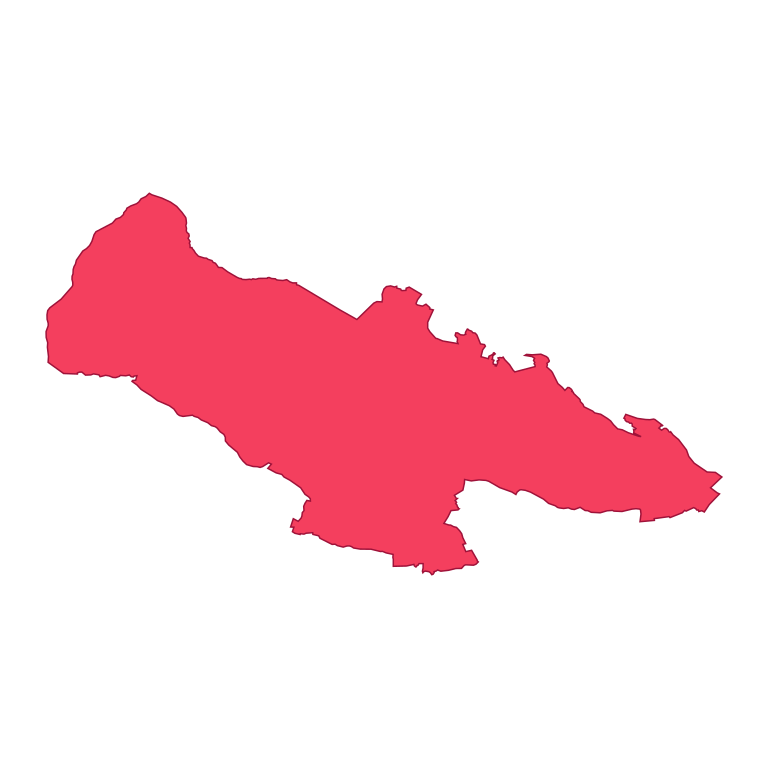 the district of Baita De Sub Codru, Maramures, Romania
{"feature_id": "2599482B56138966689543", "entity_name": "Baita De Sub Codru", "entity_type": "district", "adm_level": 2, "iso_a3": "ROU", "parent_name": "Romania", "parent_adm1": "Maramures", "projection": "robinson", "projection_center": [23.146, 47.54], "detail": "fine", "context": "isolated", "style": "filled", "palette": "rose", "viewbox_px": 768, "rotation_deg": 0, "n_neighbors": 0, "source": "geoboundaries", "source_scale": "gbopen_adm2", "svg_char_len": 6093}
<svg xmlns="http://www.w3.org/2000/svg" viewBox="0 0 768 768"><path d="M473.6,565.2L476.0,564.2L478.3,561.9L477.2,560.8L477.2,560.1L471.6,550.3L465.8,551.6L462.8,544.4L465.7,543.6L462.8,537.7L461.7,533.7L459.6,530.7L456.5,527.4L453.4,526.6L450.7,525.1L448.8,525.0L443.9,523.4L448.1,516.6L451.0,510.6L458.0,509.9L459.2,508.8L458.3,508.5L458.2,507.5L457.5,507.0L456.9,504.9L455.7,503.6L456.6,502.3L455.1,500.6L457.3,498.5L456.3,498.4L454.4,495.3L462.9,490.1L464.4,483.1L464.6,479.5L471.3,480.9L479.1,479.9L486.0,480.4L488.8,481.3L499.7,487.6L511.9,492.0L515.9,494.5L517.1,492.1L519.5,490.1L521.0,489.7L525.3,490.3L530.5,492.1L543.5,499.1L548.6,503.4L555.4,505.8L557.5,507.4L559.3,507.9L563.7,508.5L568.3,507.8L571.4,509.1L574.4,509.5L580.1,507.3L585.1,510.5L587.9,510.7L591.2,512.3L600.2,512.8L607.0,510.8L612.5,510.4L613.9,511.1L622.0,511.5L632.0,509.1L636.0,508.7L639.8,509.1L640.5,509.9L641.0,514.0L640.0,521.7L654.4,520.4L654.2,518.6L657.4,518.2L669.1,516.6L670.0,517.6L682.4,512.7L684.6,510.4L686.1,511.1L693.7,507.6L695.7,508.6L696.7,510.0L698.4,510.1L698.8,511.5L701.8,510.7L704.3,512.0L709.3,504.5L719.5,493.9L717.3,492.9L710.5,487.8L721.9,477.0L715.4,472.4L707.1,472.0L694.2,463.2L688.8,456.5L686.5,450.0L678.7,439.7L673.0,434.9L670.7,431.8L670.3,432.3L669.1,431.9L667.7,429.7L666.1,428.4L664.2,428.4L661.6,430.2L658.9,428.1L660.9,426.1L661.0,425.3L662.0,425.9L662.6,425.4L654.9,419.5L653.6,419.1L649.8,419.7L645.5,419.5L637.4,418.4L625.8,414.4L623.9,418.2L624.9,418.7L625.1,420.1L626.5,421.6L628.6,422.1L629.7,423.2L631.5,423.2L632.2,424.2L632.2,426.1L636.0,428.5L635.2,429.6L633.5,429.3L633.9,431.2L633.7,433.0L641.1,436.6L638.8,436.3L628.2,432.7L622.3,429.8L617.7,428.9L613.5,424.7L610.7,421.0L607.6,418.6L600.8,414.3L594.7,412.9L592.7,411.1L584.0,406.8L583.0,404.4L580.3,401.5L580.1,399.9L579.4,398.9L573.7,393.5L573.3,392.2L571.9,391.5L572.3,390.7L571.3,389.2L569.2,387.6L567.7,387.5L564.9,390.4L562.3,387.4L557.9,383.6L552.4,372.5L551.3,371.0L546.7,366.9L547.4,364.8L546.9,363.3L549.1,361.6L549.3,360.9L548.0,358.0L546.4,356.6L540.9,354.2L532.2,354.8L526.5,354.4L524.9,355.4L532.1,356.6L534.6,358.3L533.5,360.4L534.8,362.4L534.1,363.8L535.0,364.9L535.1,366.6L514.8,371.9L513.1,370.2L509.5,364.6L504.8,359.7L503.1,357.1L502.0,357.8L499.7,357.5L498.0,358.0L499.0,359.8L498.6,360.7L497.4,360.6L497.1,361.6L497.8,362.7L496.3,366.0L495.2,365.8L495.4,364.5L493.4,364.2L493.0,362.6L494.0,360.3L492.1,359.4L492.5,358.8L492.8,355.8L495.2,353.9L494.2,352.8L493.5,352.9L493.3,353.7L491.6,355.0L489.0,356.2L488.3,358.7L481.0,356.7L482.7,349.8L485.4,346.2L484.5,344.6L480.5,343.9L476.9,335.0L475.2,333.1L472.8,332.7L471.6,331.2L469.0,330.2L467.8,329.1L467.3,329.1L465.7,331.9L465.3,333.2L465.8,334.2L463.8,335.1L460.6,334.8L457.7,332.9L455.8,332.9L455.1,335.4L456.0,336.8L457.3,337.6L457.5,340.2L457.1,341.4L458.0,343.6L442.8,341.0L436.9,338.5L435.8,338.4L429.9,331.8L427.7,328.2L427.7,322.2L433.3,309.9L429.7,309.0L429.9,307.9L429.5,307.3L426.0,304.2L422.5,306.1L417.5,305.0L416.3,304.1L416.1,303.3L417.6,299.7L421.5,294.4L409.2,287.1L406.2,288.2L405.9,290.4L402.2,290.6L401.3,290.4L400.7,289.1L396.9,288.2L396.7,286.3L394.5,287.0L390.6,285.9L386.4,286.6L384.0,288.9L382.1,294.3L382.5,299.0L382.0,301.9L376.9,301.6L373.8,303.1L356.9,319.5L340.4,310.2L298.7,285.3L296.6,284.8L296.5,282.9L292.7,282.9L290.0,281.9L286.7,279.7L282.9,280.5L278.0,280.1L276.5,279.8L275.4,278.8L271.6,278.5L269.1,277.5L267.7,277.7L267.3,278.3L258.7,278.4L255.8,279.3L252.8,278.8L251.3,279.6L249.8,279.2L245.9,279.6L242.2,279.4L241.3,278.6L239.4,278.4L236.8,277.2L227.6,271.8L222.0,267.6L218.4,267.4L216.2,264.2L215.2,263.1L213.2,262.4L212.0,260.6L208.0,259.3L206.6,258.2L204.2,258.0L198.4,256.2L195.5,253.1L193.8,250.3L192.4,248.8L192.0,247.6L190.1,247.5L190.0,244.7L189.3,243.1L190.1,241.5L188.1,238.4L189.2,236.0L188.8,233.9L187.0,232.5L186.3,230.8L186.5,228.2L185.8,225.6L186.5,223.1L186.0,218.6L185.7,217.5L182.0,212.4L176.7,206.4L170.5,202.1L161.9,198.1L151.9,194.8L149.3,193.3L145.9,196.5L141.1,198.8L138.8,202.0L136.6,203.7L130.8,205.9L126.9,208.2L126.3,209.9L123.8,212.7L123.5,214.5L120.4,217.4L115.9,219.1L112.4,223.1L96.0,231.7L94.1,234.6L91.9,241.4L89.6,245.5L86.5,248.6L82.8,251.0L76.4,260.2L75.4,264.2L74.1,266.4L73.2,269.4L73.0,273.9L72.1,276.2L72.0,279.4L72.7,282.1L72.8,285.1L72.2,286.5L61.1,299.2L49.8,307.8L47.7,310.6L47.0,314.8L47.1,319.3L48.2,323.2L48.2,325.8L46.1,331.5L46.1,333.4L46.2,337.5L47.7,342.7L47.4,347.2L48.5,356.5L48.1,362.3L63.6,373.5L77.4,374.0L77.4,372.9L79.5,372.1L81.9,372.1L85.5,375.1L90.8,374.9L93.5,373.9L98.9,374.8L100.1,376.7L105.6,375.3L109.1,375.9L112.8,377.4L115.7,377.6L119.5,376.3L120.3,375.4L125.8,375.8L129.4,375.0L131.2,376.7L133.4,377.0L134.0,376.1L136.9,375.7L135.7,380.2L132.5,380.5L132.0,381.4L136.9,384.9L141.1,389.4L151.3,395.9L157.5,400.6L169.3,405.7L173.9,409.0L177.4,414.0L179.4,415.5L183.0,416.4L192.5,415.2L194.1,416.3L198.1,417.5L201.2,419.9L207.8,422.7L211.4,425.6L215.3,426.7L217.2,428.1L220.2,431.8L223.9,434.4L225.3,437.2L225.4,441.0L228.7,445.0L237.4,452.3L239.8,457.0L243.0,461.1L246.6,464.6L253.1,466.5L257.4,466.7L260.1,467.4L262.6,466.6L268.6,462.8L271.4,464.1L267.8,468.4L276.2,472.9L281.8,474.4L284.0,477.0L289.9,480.2L300.7,487.8L305.0,494.3L308.6,496.8L310.3,498.7L310.4,501.1L306.9,500.4L305.0,503.3L303.7,506.3L304.0,510.6L302.3,512.6L301.9,516.1L301.1,518.1L298.2,521.3L293.3,518.7L290.6,527.0L293.9,527.2L292.4,531.7L294.9,533.3L300.1,534.5L300.3,533.7L304.0,534.1L306.2,533.2L312.7,532.7L312.9,534.4L318.7,535.8L320.0,538.3L332.1,544.4L335.1,544.2L337.3,545.6L343.2,547.1L346.9,546.0L349.3,545.9L351.3,546.5L353.6,548.0L360.2,549.1L371.0,549.2L380.4,551.5L382.6,551.4L386.1,552.9L393.1,554.4L392.9,557.5L393.3,559.2L393.3,566.3L406.5,566.0L413.9,564.4L414.3,565.8L415.6,566.9L416.3,566.8L417.1,565.5L418.2,565.1L419.0,563.6L423.1,563.6L423.1,568.0L422.4,571.2L422.9,572.7L423.7,571.7L425.4,571.1L428.9,571.7L430.2,572.5L431.8,574.7L433.1,574.2L434.2,572.5L434.1,571.6L436.0,571.1L437.6,570.0L440.8,571.2L448.5,570.3L455.9,568.5L461.5,568.4L464.1,565.5L465.6,564.8L473.6,565.2Z" fill="#f43f5e" stroke="#9f1239" stroke-width="1.5"/></svg>